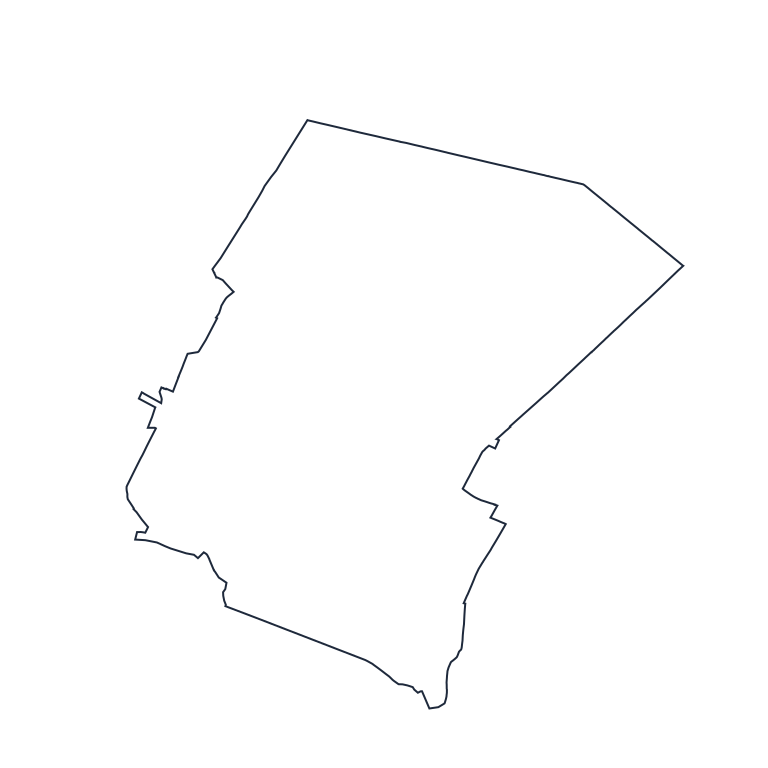 the district of Loon op Zand, Noord-Brabant, Netherlands, rotated 119°
{"feature_id": "6326949B71510094074769", "entity_name": "Loon op Zand", "entity_type": "district", "adm_level": 2, "iso_a3": "NLD", "parent_name": "Netherlands", "parent_adm1": "Noord-Brabant", "projection": "natural_earth1", "projection_center": [5.048, 51.641], "detail": "fine", "context": "isolated", "style": "outline", "palette": "slate", "viewbox_px": 768, "rotation_deg": 119, "n_neighbors": 0, "source": "geoboundaries", "source_scale": "gbopen_adm2", "svg_char_len": 6118}
<svg xmlns="http://www.w3.org/2000/svg" viewBox="0 0 768 768"><g transform="rotate(119 384 384)"><path d="M190.3,578.9L232.1,581.1L242.1,581.5L249.5,581.7L257.6,583.1L268.7,584.4L273.9,584.2L281.3,584.3L298.3,585.1L301.5,585.2L303.9,585.0L307.1,585.2L308.0,585.3L313.3,585.8L316.4,585.9L318.4,586.0L341.4,587.3L353.1,587.9L362.7,589.2L366.8,589.7L368.9,586.8L368.8,586.7L369.1,586.1L369.4,586.1L371.3,583.4L372.2,582.3L371.8,582.0L371.6,581.2L371.3,575.4L372.8,571.2L375.7,562.4L376.3,560.2L378.9,561.2L382.4,562.7L384.6,563.5L386.2,563.8L390.7,564.1L392.4,564.1L394.2,564.2L397.7,563.4L402.0,562.6L406.9,563.0L407.4,563.1L407.4,561.8L431.8,561.2L445.2,561.8L446.4,562.3L448.5,565.0L452.8,570.4L455.5,570.1L457.5,569.8L459.0,569.6L459.7,569.5L463.0,569.1L466.1,568.6L468.4,568.3L472.7,567.8L473.7,567.7L474.5,567.6L477.4,567.3L477.3,567.1L484.6,566.1L493.0,564.9L493.1,565.8L493.7,572.2L494.3,572.2L494.6,573.6L494.5,574.6L494.8,574.6L494.8,575.5L494.9,577.0L499.7,576.5L503.9,572.0L505.1,571.0L508.8,569.6L508.8,588.6L508.8,589.3L508.7,590.1L508.7,590.9L508.7,591.8L509.9,591.7L515.6,591.3L515.3,572.7L515.6,572.7L525.5,570.8L530.4,570.2L536.8,569.3L533.4,563.2L533.4,562.0L535.7,561.9L537.1,561.9L548.8,561.5L553.8,561.3L559.0,561.0L563.3,560.8L567.3,560.8L574.9,560.5L583.8,560.1L591.9,559.7L596.7,559.5L598.7,559.3L600.4,558.4L602.2,557.2L604.6,555.1L607.2,553.7L609.0,552.2L610.4,549.5L611.7,547.0L614.1,542.5L614.8,542.5L616.1,538.2L616.3,537.8L620.0,530.0L621.0,527.4L623.3,521.6L623.5,521.0L629.8,520.7L630.4,522.5L630.5,522.8L631.1,524.3L631.5,525.2L631.8,525.7L632.2,526.4L633.2,528.2L640.7,526.2L636.3,517.0L632.7,505.8L632.0,496.9L631.3,490.9L628.0,474.9L625.5,467.4L626.5,462.3L618.6,460.0L618.7,458.3L618.8,457.3L618.9,456.6L619.0,456.5L619.1,456.2L619.5,455.3L621.7,452.1L621.8,451.9L622.2,451.6L629.3,442.6L629.2,442.5L629.6,442.1L629.7,441.8L630.2,440.6L633.4,434.6L633.4,434.0L634.2,425.4L640.3,423.4L644.1,423.8L647.2,421.9L651.0,418.7L653.8,415.3L655.2,415.0L650.7,383.8L634.5,266.6L634.4,264.3L634.4,258.2L634.6,257.4L634.9,254.9L635.2,252.4L635.5,250.2L635.9,247.3L636.3,244.6L636.7,242.0L637.3,237.7L637.8,235.8L638.6,233.0L638.9,231.2L639.5,225.7L637.7,222.2L636.3,217.5L635.7,214.6L635.2,211.9L636.6,209.4L637.6,204.7L635.1,203.0L634.4,202.0L634.3,201.8L645.8,187.0L640.3,179.8L636.3,177.5L634.0,176.2L632.8,176.4L630.0,177.0L628.5,177.4L626.9,177.9L625.6,178.5L623.6,179.3L622.7,179.8L620.8,180.8L620.1,181.4L618.7,182.2L616.6,183.4L614.7,184.6L612.1,185.8L611.0,186.3L608.7,187.4L606.1,188.5L604.3,189.3L600.6,190.1L595.4,190.6L594.8,190.6L594.1,190.4L592.8,189.8L590.3,188.8L588.0,188.0L587.6,187.9L585.7,188.0L581.9,188.6L580.4,188.3L579.8,188.1L579.0,187.8L578.1,187.9L576.5,188.4L573.9,189.5L570.4,190.9L565.5,193.3L560.7,195.4L559.5,195.9L555.3,197.6L547.8,201.3L541.7,204.2L537.0,206.3L536.7,206.4L537.1,208.0L528.9,208.8L527.7,208.8L524.5,209.1L517.9,209.8L510.9,210.6L508.9,210.9L506.1,211.2L504.6,211.3L499.6,211.6L492.3,211.3L491.8,211.2L490.6,211.2L487.8,211.0L483.1,210.7L477.7,210.3L474.6,210.3L466.7,210.0L458.6,209.8L447.5,209.6L447.5,210.1L447.6,211.5L447.8,212.7L448.2,216.4L448.2,216.9L448.6,220.4L448.8,222.0L449.3,226.1L447.2,226.0L443.1,226.0L440.6,226.0L435.4,225.9L435.7,227.3L436.0,228.4L435.6,228.4L436.2,231.2L436.6,232.7L436.9,234.2L437.5,237.5L437.9,239.5L438.2,240.9L438.6,242.8L438.6,243.1L438.8,245.7L438.9,246.5L438.9,247.9L439.0,248.5L439.0,251.2L438.9,252.5L438.8,253.9L438.8,254.4L438.6,255.8L438.5,256.6L438.3,258.4L438.2,259.3L438.1,260.2L437.9,262.0L437.6,263.6L437.4,264.4L434.3,264.4L431.7,264.5L431.2,264.5L427.2,264.6L423.5,264.6L423.2,264.6L420.5,264.7L418.9,264.7L418.6,264.7L417.0,264.8L416.5,264.8L413.8,264.9L412.5,264.9L410.1,264.9L406.6,264.9L405.1,264.9L403.6,264.9L403.1,264.9L401.5,265.0L400.1,265.1L399.2,265.1L397.9,265.1L396.1,265.1L395.3,265.0L394.9,264.9L394.1,264.6L393.1,264.2L391.6,263.9L391.3,263.9L390.8,263.7L387.0,262.3L386.5,255.5L382.9,255.8L381.5,255.9L377.4,256.2L377.5,258.3L377.4,258.5L377.5,258.8L373.7,257.4L373.1,257.2L365.8,254.7L363.8,253.9L361.3,253.1L360.5,252.8L360.3,252.7L360.0,253.3L358.8,252.9L352.7,250.8L351.0,250.2L350.1,249.9L348.1,249.2L345.3,248.2L343.2,247.5L338.4,245.8L331.6,243.4L327.1,241.8L321.8,240.0L317.5,238.5L314.1,237.2L313.5,237.0L311.8,236.3L310.8,236.0L309.3,235.5L296.7,231.4L294.7,230.7L293.7,230.4L292.9,230.1L287.7,228.6L285.0,227.6L281.0,226.3L271.9,223.4L265.3,221.2L263.3,220.6L258.1,218.9L257.7,218.8L255.5,218.1L255.5,217.8L254.4,217.6L253.6,217.3L252.9,217.0L250.7,216.4L247.6,215.4L246.6,215.1L245.9,214.9L242.8,213.9L241.8,213.6L241.0,213.3L239.1,212.7L236.3,211.9L236.0,211.8L235.0,211.4L233.3,210.9L230.4,210.0L227.9,209.2L227.1,208.9L226.2,208.7L225.5,208.4L221.1,206.9L217.6,205.8L213.5,204.6L208.6,203.0L205.0,201.9L201.4,200.7L196.8,199.3L194.0,198.3L191.3,197.4L188.7,196.5L185.3,195.3L184.2,195.0L182.9,194.5L175.1,192.0L166.3,189.2L155.1,185.8L142.5,181.9L135.6,179.6L135.6,179.8L133.3,192.3L132.1,198.6L132.1,198.9L130.3,208.6L128.5,218.3L128.5,218.8L127.3,225.1L126.9,227.5L125.6,234.7L125.3,236.5L125.1,237.2L124.1,242.9L123.8,244.4L123.8,244.7L122.9,249.6L122.0,254.7L121.1,259.6L120.8,260.7L120.8,261.1L119.9,266.1L118.8,272.6L117.4,280.0L116.5,285.0L114.9,294.0L114.2,297.8L113.7,300.3L112.9,305.0L112.8,306.5L113.7,309.8L114.2,311.4L114.2,311.7L114.5,312.7L115.0,314.3L115.9,317.4L117.0,321.2L118.5,326.6L119.6,330.5L120.7,334.2L121.3,336.4L122.1,339.1L122.4,340.7L122.5,340.7L122.9,341.8L123.3,343.3L123.8,345.6L124.0,346.0L124.4,347.4L125.9,352.6L126.6,355.2L127.8,359.2L128.0,359.9L129.6,365.8L130.9,370.1L131.7,373.1L133.0,377.6L134.0,381.2L135.3,385.6L136.7,390.3L137.7,393.9L138.8,397.7L139.6,400.5L141.5,407.3L144.1,416.5L146.1,423.6L147.7,429.1L149.3,434.8L149.8,436.6L151.0,440.8L151.1,441.4L151.2,441.7L151.8,443.8L153.0,448.2L154.4,453.2L156.2,459.3L157.7,464.7L158.0,465.9L160.1,473.1L161.3,477.5L162.4,481.5L163.5,484.8L164.4,487.3L164.3,487.5L168.6,502.2L171.1,511.1L173.6,519.6L175.8,527.1L176.2,528.6L181.8,548.6L184.9,559.5L186.8,566.0L188.8,573.3L190.1,577.8L190.2,578.3L190.3,578.9Z" fill="none" stroke="#1e293b" stroke-width="2"/></g></svg>